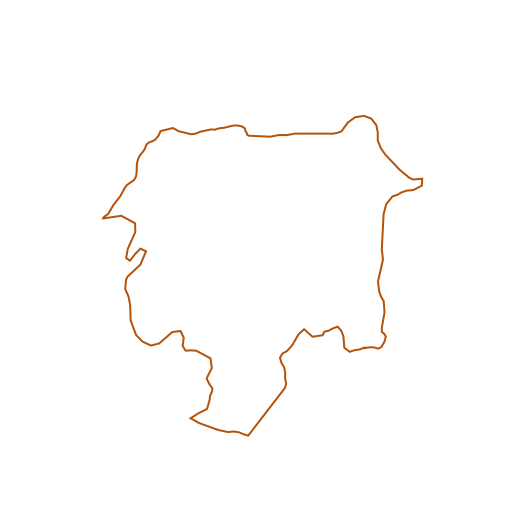 the State of Oyo, rotated 27°
{"feature_id": "NGA-2856", "entity_name": "Oyo", "entity_type": "State", "adm_level": 1, "iso_a3": "NGA", "parent_name": "Nigeria", "parent_adm1": "", "projection": "mercator", "projection_center": [3.592, 8.111], "detail": "fine", "context": "isolated", "style": "outline", "palette": "amber", "viewbox_px": 512, "rotation_deg": 27, "n_neighbors": 0, "source": "natural_earth", "source_scale": "10m", "svg_char_len": 2234}
<svg xmlns="http://www.w3.org/2000/svg" viewBox="0 0 512 512"><g transform="rotate(27 256 256)"><path d="M102.7,291.9L102.6,291.1L103.0,289.9L104.6,286.8L105.2,285.3L105.8,275.0L107.9,264.6L108.2,254.8L108.7,251.8L109.9,249.1L111.6,246.3L112.9,243.3L113.0,239.7L111.9,236.2L108.7,229.4L107.4,225.8L106.8,221.9L107.0,218.8L108.3,212.0L108.3,210.4L107.9,207.4L107.9,206.0L108.8,203.9L112.0,200.2L113.3,198.3L114.6,192.8L114.2,188.0L115.3,187.1L123.7,179.8L126.9,179.7L130.0,180.0L142.9,177.0L146.7,174.4L149.8,170.7L158.6,163.5L162.3,162.0L163.5,160.4L166.1,158.3L169.3,156.3L176.0,150.5L179.4,148.4L183.2,147.3L185.7,146.9L188.4,147.5L189.7,149.4L191.6,150.3L193.4,152.2L195.5,151.9L214.6,143.2L221.8,137.6L228.4,134.4L235.4,129.1L268.7,112.2L272.5,109.5L275.6,106.1L277.2,95.4L281.3,87.4L288.6,82.1L296.4,81.3L303.7,84.7L308.4,90.6L312.1,97.9L318.3,103.3L325.5,107.1L344.7,113.9L356.6,116.6L361.1,116.6L369.0,111.7L371.8,118.0L366.2,125.9L360.9,129.1L356.8,133.2L354.2,137.4L350.6,140.9L348.5,150.8L350.7,160.8L365.0,192.8L370.8,201.6L376.3,223.5L382.2,232.0L385.9,235.5L390.2,238.2L396.1,247.8L400.8,263.2L402.8,266.6L405.5,267.1L408.2,268.8L409.4,274.4L409.1,280.0L407.7,282.1L406.8,283.1L403.3,283.7L400.4,284.8L397.3,286.7L394.5,288.9L394.2,288.4L392.9,289.6L391.9,291.0L391.0,292.0L386.3,295.4L382.9,298.9L376.3,297.6L370.4,287.9L365.9,283.9L360.8,281.9L357.4,285.6L354.4,289.9L352.6,291.2L351.2,292.6L351.4,296.3L343.0,302.3L332.1,299.4L329.4,306.8L328.9,317.5L328.0,322.3L326.6,326.9L323.8,331.0L323.6,335.8L327.0,339.5L331.5,342.3L335.0,346.8L337.6,352.0L340.8,355.9L341.7,360.4L330.6,419.6L325.7,420.5L320.9,420.8L315.6,422.6L311.2,425.5L301.2,428.2L281.2,430.7L271.4,430.3L275.8,422.7L281.8,414.5L279.9,404.7L278.8,402.3L278.4,399.8L278.4,396.7L277.4,393.9L272.6,391.3L267.9,387.8L267.5,385.0L267.5,375.9L262.0,367.9L245.8,367.5L240.9,369.6L236.2,372.3L231.5,369.5L228.7,361.6L222.8,357.1L216.0,361.7L209.4,377.9L203.0,383.5L193.9,383.8L185.0,380.8L173.6,370.4L166.3,357.1L161.0,350.2L154.3,344.6L151.0,336.1L150.9,332.7L156.9,316.1L155.9,301.7L149.7,301.9L147.4,309.0L145.8,317.4L141.2,316.7L138.5,307.8L137.6,289.5L133.5,281.8L117.8,281.3L103.8,291.2L102.7,291.9Z" fill="none" stroke="#b45309" stroke-width="2"/></g></svg>